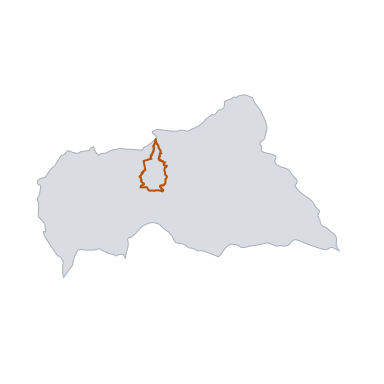 location of Kaga-Bandoro, Nana-Grébizi, Central African Republic, rotated 9°
{"feature_id": "33826404B9567885504809", "entity_name": "Kaga-Bandoro", "entity_type": "district", "adm_level": 2, "iso_a3": "CAF", "parent_name": "Central African Republic", "parent_adm1": "Nana-Grébizi", "projection": "albers", "projection_center": [19.16, 7.502], "detail": "fine", "context": "in_parent", "style": "outline", "palette": "amber", "viewbox_px": 384, "rotation_deg": 9, "n_neighbors": 0, "source": "geoboundaries", "source_scale": "gbopen_adm2", "svg_char_len": 7804}
<svg xmlns="http://www.w3.org/2000/svg" viewBox="0 0 384 384"><g transform="rotate(9 192 192)"><path d="M265.6,142.4L269.1,143.3L269.7,144.4L268.8,147.9L269.5,150.1L271.5,151.9L273.5,152.7L275.4,153.1L282.0,154.2L284.8,155.5L288.5,159.5L293.1,163.2L294.3,165.2L294.1,167.0L292.8,169.2L293.0,170.1L295.1,172.3L297.6,174.5L302.0,177.0L309.7,180.8L313.3,183.3L314.5,185.3L316.5,187.4L319.3,189.4L321.1,190.9L319.9,195.2L320.3,196.6L321.0,197.8L322.7,199.5L323.3,201.7L325.0,204.4L326.9,205.6L330.0,206.0L331.7,207.2L335.2,209.3L338.6,211.1L340.1,212.4L341.0,213.5L341.8,214.8L342.2,216.2L342.3,219.1L343.0,222.7L344.8,225.1L346.5,226.9L339.6,224.9L338.6,224.9L337.4,225.3L333.8,228.0L332.7,228.3L328.2,227.8L317.2,226.0L308.7,224.1L306.2,223.4L301.7,222.8L298.7,224.2L296.0,228.9L295.2,229.8L290.8,231.2L288.8,230.9L283.7,232.2L275.8,230.4L273.1,230.8L270.9,231.8L265.3,233.9L261.9,235.2L257.9,236.3L254.1,238.0L251.6,238.9L249.1,239.0L246.9,238.0L244.4,237.2L241.5,237.1L238.4,237.6L235.8,239.5L234.8,240.8L232.5,244.3L229.9,250.0L228.9,251.2L227.9,251.8L215.6,249.0L210.4,248.4L206.8,249.3L202.3,247.7L200.3,247.4L199.4,247.9L196.9,247.2L192.9,245.3L189.0,244.5L185.5,244.8L183.4,244.2L181.7,242.3L179.4,238.8L175.4,235.4L170.1,232.7L166.7,230.6L165.4,229.2L162.5,228.5L158.1,228.3L153.9,229.7L147.8,234.0L142.1,242.8L139.0,246.1L136.5,247.0L135.8,249.1L137.1,252.5L137.4,256.4L136.5,262.9L136.8,267.7L135.5,267.0L134.2,264.7L133.6,264.3L129.8,265.3L127.9,266.2L126.9,267.1L126.1,267.2L124.9,266.0L123.9,265.7L122.5,266.0L121.0,265.9L120.0,265.8L119.4,265.9L117.6,265.2L111.2,263.3L110.1,262.7L108.8,262.7L105.4,264.3L103.7,264.8L98.3,265.7L92.6,266.2L90.5,266.2L89.0,266.9L88.0,267.9L86.2,274.0L85.7,275.0L85.8,276.5L85.3,281.4L85.5,283.0L78.5,296.3L77.4,294.1L76.7,291.4L76.5,288.4L76.6,287.6L76.2,286.8L75.6,284.3L76.2,282.7L75.8,281.1L74.5,279.4L73.3,278.2L72.6,277.1L72.0,276.6L70.7,276.4L68.9,275.8L61.4,267.9L53.6,259.0L52.0,256.1L51.4,254.4L53.3,254.2L53.8,254.0L53.8,253.2L52.7,250.9L52.1,248.0L51.2,246.2L48.1,243.5L45.2,241.4L44.2,240.4L43.7,238.8L42.7,229.3L42.2,226.5L41.3,225.4L40.6,224.8L40.4,224.1L40.5,222.4L40.9,220.9L40.9,220.3L41.7,219.0L41.8,210.1L40.9,208.9L39.1,208.9L38.2,207.6L37.5,205.9L37.7,204.8L39.4,203.0L40.5,202.3L43.9,200.9L44.8,200.3L45.4,199.4L45.8,198.2L47.8,193.7L50.7,189.2L52.0,188.2L55.0,181.6L55.6,179.9L56.2,178.2L57.1,176.8L60.3,174.6L62.7,170.7L65.3,170.9L67.9,171.5L71.4,171.9L74.0,171.1L75.8,169.6L84.1,167.0L84.7,164.9L86.0,163.8L87.5,162.8L88.0,162.7L88.1,163.4L89.0,165.6L90.9,167.8L93.7,170.2L94.4,170.1L96.2,168.3L100.5,167.1L101.6,166.6L104.6,164.0L108.3,162.3L110.5,161.7L114.2,160.0L116.8,160.2L121.1,159.9L128.2,159.1L133.3,158.8L135.9,158.5L136.5,158.2L137.5,155.6L138.3,154.9L140.2,153.8L144.0,149.9L146.5,146.7L147.2,145.5L147.7,145.3L148.8,143.9L147.7,142.5L143.5,139.6L143.6,139.2L143.3,138.7L143.6,138.3L145.2,137.2L147.3,135.8L149.6,135.3L155.7,135.4L160.8,135.1L162.0,135.2L166.0,134.5L168.7,133.9L171.5,132.5L177.9,132.6L183.2,129.1L184.7,128.4L185.4,127.9L185.6,127.3L188.1,125.9L190.8,123.0L193.0,120.4L193.6,118.6L199.6,112.3L201.7,112.4L202.7,111.6L205.1,107.5L205.8,106.7L208.3,105.9L209.4,104.7L210.4,102.9L210.4,100.6L210.0,98.8L209.9,97.9L210.5,97.1L211.5,96.3L216.0,94.0L217.2,92.9L217.8,91.9L219.1,91.7L220.5,91.8L221.4,91.2L222.4,90.2L225.5,88.8L228.4,87.7L231.5,88.1L237.0,89.5L238.7,92.4L239.5,93.4L246.5,100.4L247.8,102.1L251.3,107.1L253.4,110.6L255.8,115.5L256.1,118.2L255.8,120.5L255.4,127.0L254.8,128.9L251.8,132.5L251.7,134.0L252.3,135.4L253.2,135.9L253.8,136.5L253.5,139.6L254.6,140.8L256.9,141.6L262.6,142.0L265.6,142.4Z" fill="#d9dde1" stroke="#a8b0b8" stroke-width="1"/><path d="M148.0,145.8L148.0,146.6L148.0,146.8L148.0,147.0L147.7,147.2L147.6,147.3L147.6,147.5L147.8,147.7L147.9,147.8L148.0,147.9L148.0,148.0L147.8,148.2L147.7,148.3L147.5,148.6L147.6,148.9L147.7,149.1L147.9,149.3L148.0,149.5L147.8,149.8L147.7,149.9L147.5,150.0L147.5,150.4L147.6,150.5L147.5,150.9L147.3,150.9L147.2,151.0L147.2,151.4L147.3,151.5L147.3,151.8L147.1,152.1L146.9,152.3L146.6,152.4L146.6,152.8L146.6,153.0L146.6,153.3L146.7,153.5L146.9,153.7L147.1,153.7L147.2,153.8L147.4,153.8L147.5,153.9L147.6,154.3L147.7,154.5L147.7,154.8L147.6,155.1L147.7,155.5L147.8,155.6L147.8,155.8L147.7,155.9L147.6,156.0L147.4,156.1L147.4,156.3L147.6,156.9L147.5,157.1L147.3,157.3L147.2,157.4L147.2,157.6L147.4,157.7L147.6,157.8L147.6,158.1L147.4,158.2L147.3,158.3L147.3,158.5L147.2,158.9L146.9,159.0L146.8,159.4L146.8,159.6L146.8,159.8L146.9,160.0L146.6,160.3L146.6,160.5L146.8,160.6L146.8,160.8L146.8,161.0L146.7,161.3L146.4,161.5L146.1,161.6L145.9,161.8L146.1,162.1L146.3,162.2L146.4,162.3L146.3,162.6L146.1,162.8L145.8,162.9L145.6,163.0L145.7,163.3L146.0,163.6L145.9,164.0L145.7,164.3L145.7,164.5L145.7,165.0L145.8,165.1L146.0,165.3L146.3,165.3L146.5,165.3L146.6,165.5L146.4,165.6L146.2,165.7L145.8,165.8L145.7,165.9L144.0,166.7L139.5,168.9L139.7,170.0L140.8,172.9L142.5,177.7L142.3,178.0L142.1,178.1L141.9,178.2L141.6,178.3L141.4,178.3L141.1,178.4L141.0,178.5L140.9,178.6L140.7,178.9L140.7,179.1L140.8,179.3L140.8,179.5L140.8,179.8L140.7,179.9L140.5,180.0L140.3,180.2L140.0,180.3L139.6,180.5L139.3,180.7L139.3,181.0L139.9,181.2L140.1,181.3L140.3,181.4L140.3,181.5L140.2,181.7L140.1,181.8L139.9,181.8L139.7,181.9L139.6,182.0L139.4,182.2L139.3,182.5L139.2,182.7L139.2,183.0L139.2,183.5L139.0,183.9L138.9,184.1L138.5,184.2L138.4,184.2L138.2,184.3L138.1,184.5L138.0,184.9L137.9,185.2L138.1,185.3L139.4,186.3L139.6,186.8L139.8,188.0L140.1,188.1L140.3,188.1L140.4,188.3L140.3,188.5L140.1,188.9L140.0,189.3L141.7,190.7L142.4,190.8L142.9,191.0L143.1,191.3L143.3,191.6L143.3,191.8L143.3,192.1L143.1,192.4L142.5,192.6L141.8,193.1L141.2,193.3L140.7,193.8L140.6,194.6L140.5,195.3L142.0,195.3L144.7,194.7L145.7,194.5L146.3,194.4L146.6,194.4L146.8,194.5L147.1,194.7L147.3,194.9L147.8,195.8L147.8,196.0L148.0,196.4L148.4,196.6L148.7,196.8L149.1,197.0L149.8,197.2L150.2,197.3L150.6,197.2L151.2,197.1L152.1,196.7L152.7,196.8L154.7,196.7L155.7,196.2L157.6,195.7L159.3,195.6L162.7,196.0L163.2,195.3L163.3,194.9L163.3,194.4L163.1,194.2L162.7,194.1L162.3,193.9L162.1,193.7L161.8,193.7L161.4,193.8L161.2,193.6L161.1,192.8L160.7,192.4L159.9,192.2L159.7,192.0L159.5,191.4L159.6,190.8L159.9,190.5L160.7,190.2L161.4,190.0L162.0,190.2L162.7,190.0L163.1,189.7L163.0,189.1L163.1,188.8L164.0,188.3L164.3,187.6L164.3,187.0L164.1,186.4L164.0,186.1L164.2,185.7L164.2,185.2L164.0,184.0L163.7,183.8L163.7,183.5L164.0,183.1L164.2,182.8L164.7,181.7L164.9,181.1L164.8,180.8L164.5,180.3L163.8,179.8L162.7,179.0L162.6,177.6L162.0,176.5L161.8,176.3L161.3,174.6L161.2,173.6L161.3,172.8L161.6,172.1L162.2,171.9L163.0,170.7L162.9,170.2L162.7,170.3L162.4,170.7L162.0,170.6L161.8,170.3L161.6,170.2L161.4,170.2L161.2,170.2L160.7,170.0L160.1,170.0L159.9,169.8L159.9,169.2L160.2,168.7L160.3,168.2L160.1,167.9L159.6,167.8L159.7,167.5L159.9,167.2L160.1,167.0L159.7,167.0L159.4,167.1L159.1,166.9L158.6,166.7L158.6,166.4L158.4,166.2L158.2,166.0L157.9,166.0L157.6,166.3L157.3,166.3L157.0,166.1L156.6,165.6L156.4,165.7L156.4,166.1L156.2,166.1L156.1,165.8L155.5,165.2L155.3,165.2L155.1,165.5L154.7,165.7L154.4,165.1L153.8,164.3L153.9,164.0L154.3,163.9L154.5,163.6L154.4,163.4L154.1,163.2L153.9,162.8L153.8,162.6L154.1,162.2L154.5,162.0L154.6,161.9L154.4,161.6L154.3,161.4L154.1,161.1L154.5,160.6L154.6,160.2L154.4,159.7L154.3,159.1L154.7,158.9L155.0,158.8L155.2,158.7L154.7,158.4L154.5,157.9L154.6,157.5L154.9,157.2L154.6,156.8L154.6,156.6L154.3,156.3L154.2,155.6L153.6,155.3L153.3,154.8L152.8,154.5L152.6,154.0L152.4,153.6L152.1,153.5L152.0,153.3L151.9,153.0L151.8,152.8L151.9,152.5L151.9,152.4L151.8,152.2L151.6,152.0L151.5,151.5L151.3,151.2L150.9,150.8L150.6,150.4L150.2,150.4L149.6,149.7L149.2,148.6L148.7,148.3L148.4,146.8L148.3,146.0L148.0,145.8Z" fill="none" stroke="#b45309" stroke-width="2"/></g></svg>